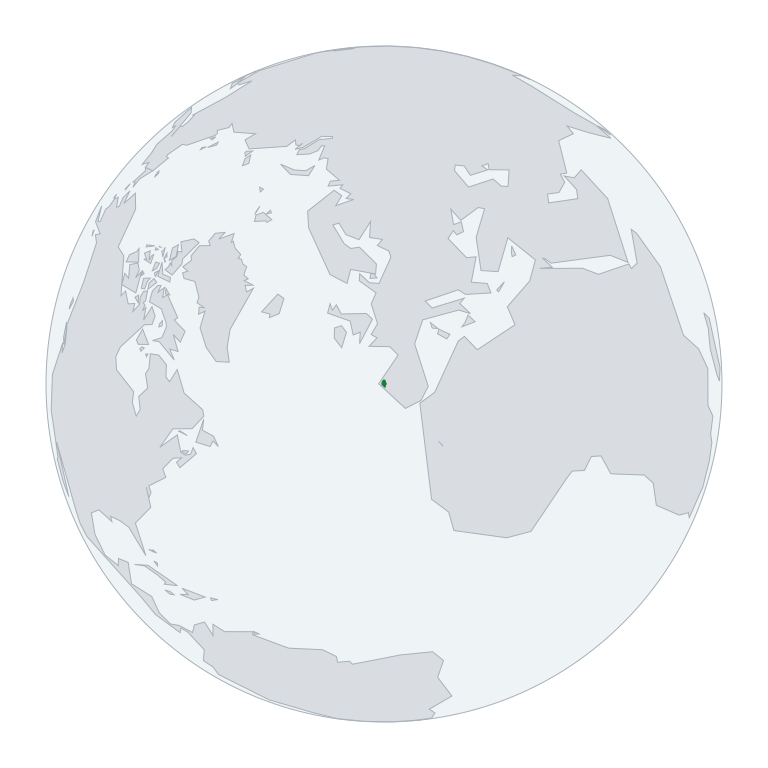 the Earth from above Pontevedra, rotated 316°
{"feature_id": "ESP-5840", "entity_name": "Pontevedra", "entity_type": "Autonomous Community", "adm_level": 1, "iso_a3": "ESP", "parent_name": "Spain", "parent_adm1": "", "projection": "orthographic", "projection_center": [-8.552, 42.371], "detail": "fine", "context": "on_globe", "style": "filled", "palette": "green", "viewbox_px": 768, "rotation_deg": 316, "n_neighbors": 0, "source": "natural_earth", "source_scale": "10m", "svg_char_len": 11193}
<svg xmlns="http://www.w3.org/2000/svg" viewBox="0 0 768 768"><g transform="rotate(316 384 384)"><circle cx="384" cy="384" r="338" fill="#eef3f6" stroke="#a8b0b8"/><path d="M117.4,591.6L104.2,570.3L96.9,557.5L82.0,531.6L63.2,478.0L64.4,468.8L62.0,457.5L70.1,450.2L70.5,426.3L68.4,418.5L64.6,421.2L59.5,391.0L61.3,369.1L64.4,287.0L68.7,273.0L75.1,260.0L108.2,198.4L79.0,246.2L85.7,230.8L97.2,210.6L98.2,210.8L115.8,186.5L126.3,171.8L152.1,146.8L181.7,131.1L173.9,138.0L181.9,134.1L192.3,125.5L197.1,121.0L238.8,102.1L275.2,82.8L280.1,76.2L284.2,78.7L289.2,66.9L304.7,59.7L291.1,68.4L292.8,70.0L305.4,64.9L309.8,65.5L318.4,63.7L322.6,65.1L314.4,71.0L316.9,72.3L325.7,68.7L335.4,68.6L322.2,73.5L337.7,74.0L326.8,85.7L288.1,100.7L285.8,111.1L256.1,137.8L262.7,137.6L255.6,148.7L260.6,152.9L253.7,157.4L263.6,156.9L269.0,152.1L275.1,150.4L278.6,152.7L270.3,158.6L267.4,158.3L266.8,161.3L261.2,163.4L265.9,163.6L255.5,171.0L270.8,167.2L266.6,176.1L258.4,180.1L252.9,175.0L220.1,174.2L210.1,178.0L201.5,187.9L198.6,215.6L190.2,222.4L183.4,235.0L190.9,233.0L198.9,222.6L211.2,222.8L219.6,210.9L225.8,209.5L236.9,199.9L242.0,206.7L240.9,218.9L232.0,227.5L231.3,233.4L245.3,230.0L233.9,251.7L235.7,276.4L232.0,282.0L214.9,282.8L201.0,269.6L178.8,273.8L200.0,277.0L190.4,292.0L191.7,297.2L196.2,300.2L202.5,297.1L200.7,303.8L179.0,302.4L180.4,296.2L187.2,296.5L180.6,290.8L165.9,291.3L162.2,299.6L144.0,293.9L141.1,300.1L135.6,302.7L141.4,293.1L130.6,310.7L108.6,311.3L93.5,341.9L100.9,310.0L99.1,299.0L95.4,289.2L92.7,294.0L91.5,276.5L84.0,273.4L71.7,291.2L64.5,313.4L66.7,330.0L71.8,325.1L76.0,334.6L63.6,352.3L69.3,375.6L63.3,392.8L63.7,408.3L68.9,415.3L73.6,429.8L80.2,425.6L89.5,430.5L86.3,446.2L94.0,438.0L97.3,451.4L117.7,471.2L115.3,473.2L131.9,507.8L155.2,532.4L160.5,547.1L157.2,551.9L166.5,559.3L166.7,563.7L208.0,590.6L232.9,610.3L234.7,624.2L218.8,632.3L216.1,655.6L190.7,649.4L192.1,656.1L186.0,657.3L169.6,645.1L177.6,651.6L155.9,633.3L135.8,613.3L117.4,591.6ZM88.3,350.5L95.3,385.6L86.9,375.3L89.3,375.0L88.4,363.9L85.4,348.5L79.2,340.5L88.3,350.5ZM101.4,344.4L99.8,339.6L102.0,343.1L101.4,344.4ZM198.6,119.0L192.0,125.4L181.0,133.3L186.0,127.8L198.6,119.0ZM220.1,106.0L218.3,108.6L209.5,111.5L213.3,109.0L220.1,106.0ZM282.7,71.8L276.5,75.0L281.0,71.8L282.7,71.8ZM318.9,63.2L319.2,62.2L323.6,61.8L318.9,63.2ZM233.4,196.9L235.0,198.4L232.1,199.4L233.4,196.9ZM236.6,191.5L231.9,191.6L232.7,189.1L235.6,189.1L236.6,191.5ZM334.0,63.8L340.8,63.7L332.4,64.7L334.0,63.8ZM242.1,192.0L234.8,184.7L236.4,180.4L248.5,176.9L242.1,192.0ZM343.8,64.4L360.6,64.9L362.7,62.5L366.0,70.1L350.7,66.7L340.0,68.1L345.2,65.9L343.8,64.4ZM269.2,149.6L263.6,154.9L265.1,148.6L269.2,149.6ZM268.7,146.1L264.4,130.4L274.4,124.3L273.8,130.5L284.1,121.5L291.0,126.1L286.9,132.2L279.1,135.0L287.7,134.7L268.7,146.1ZM365.1,74.7L367.9,75.9L363.3,75.8L365.1,74.7ZM277.7,149.3L276.0,146.5L284.5,140.9L289.5,145.6L285.2,145.8L277.7,149.3ZM283.4,117.1L290.6,114.2L298.2,117.0L302.0,116.3L292.1,125.8L283.4,117.1ZM285.0,148.3L291.9,148.3L291.0,153.0L280.0,151.8L285.0,148.3ZM284.6,137.5L288.8,135.2L288.1,138.0L284.6,137.5ZM291.7,171.0L289.4,167.2L293.6,163.8L291.7,171.0ZM294.5,148.0L294.8,146.3L296.2,144.7L300.4,145.8L294.5,148.0ZM298.1,127.3L299.8,129.3L302.6,123.5L308.4,125.8L300.7,131.9L306.4,130.3L308.2,131.0L299.9,135.2L298.1,127.3ZM308.9,142.2L301.1,151.4L304.4,158.9L300.8,161.9L296.1,149.4L308.9,142.2ZM304.4,137.6L306.4,141.1L300.8,142.9L296.0,141.7L304.4,137.6ZM315.1,125.4L308.2,120.2L310.1,119.2L315.1,125.4ZM311.0,143.9L312.8,141.7L311.9,144.2L311.0,143.9ZM315.1,130.5L312.4,128.8L314.6,127.5L315.1,130.5ZM318.8,139.0L316.3,141.8L312.9,141.0L318.8,139.0ZM318.0,134.8L321.7,133.6L313.2,139.0L316.4,134.2L318.0,134.8ZM317.7,129.7L318.1,128.4L318.5,130.6L317.7,129.7ZM332.9,141.0L323.0,147.9L315.6,145.9L326.3,139.3L332.9,141.0ZM575.6,105.7L577.6,107.1L571.8,103.3L586.6,114.2L579.0,109.4L594.2,121.0L596.9,122.2L586.7,113.8L603.2,126.9L622.6,144.7L640.5,164.0L656.8,184.6L671.5,206.4L684.4,229.3L695.5,253.1L695.2,252.3L700.8,266.8L696.9,257.8L690.9,251.0L697.0,272.1L708.9,319.9L716.3,345.3L717.9,364.8L705.8,345.4L695.0,325.6L694.0,335.5L678.7,330.3L662.0,359.2L656.6,355.6L654.1,364.4L642.9,367.8L633.6,361.0L628.2,368.1L652.2,385.3L657.7,377.8L658.1,359.5L664.2,367.9L674.6,366.9L673.7,406.0L644.0,466.1L636.2,448.6L588.1,413.1L586.8,405.6L586.4,404.9L585.5,403.8L586.1,416.9L576.2,408.9L607.2,438.7L614.5,454.1L643.6,467.8L642.1,472.7L650.0,473.0L669.3,444.5L670.4,451.2L664.3,491.7L633.3,557.0L634.7,577.3L627.7,597.8L602.2,624.4L598.3,635.5L584.2,646.9L579.3,653.7L564.5,665.4L542.1,679.4L510.7,692.2L513.6,688.1L505.2,683.3L495.7,660.4L508.8,642.3L508.0,630.3L484.8,606.2L490.2,586.5L482.8,580.2L468.1,585.4L458.9,577.4L449.5,578.8L387.4,592.1L365.5,579.9L332.5,538.0L341.6,521.0L338.1,500.0L396.5,422.7L414.7,425.2L467.3,404.7L474.9,405.6L474.9,424.2L519.4,432.4L526.4,414.1L560.4,411.1L579.1,399.9L574.7,364.8L544.1,382.4L532.6,369.8L552.2,342.5L578.1,327.8L574.4,322.5L552.9,319.6L553.5,304.7L544.8,317.7L552.3,321.0L547.0,329.6L539.9,327.3L540.4,321.8L531.1,323.8L531.1,350.4L538.6,356.5L517.5,371.4L528.1,383.4L524.2,392.8L504.9,376.2L502.8,367.8L471.2,352.9L471.5,362.8L501.4,378.0L494.4,378.6L495.1,393.5L489.1,382.7L456.4,364.7L433.9,376.4L414.2,416.4L399.2,421.5L382.4,416.4L380.4,380.1L414.3,373.0L414.1,361.2L399.4,346.5L411.0,346.0L409.2,339.5L421.2,336.2L430.5,317.5L441.6,312.9L437.9,292.6L443.1,287.8L443.8,301.0L450.3,308.2L476.9,297.7L479.9,291.8L475.4,279.7L483.3,278.9L475.4,268.6L487.2,257.8L466.3,262.8L460.4,250.1L463.4,237.0L457.7,234.1L452.8,255.5L454.2,263.4L461.4,268.5L461.9,292.4L454.4,299.0L439.6,278.4L427.3,286.0L421.2,267.7L438.3,219.2L449.2,206.6L482.7,210.0L484.4,219.2L473.2,222.2L490.3,230.2L485.7,224.3L492.3,224.0L488.3,212.7L492.7,212.0L481.3,202.8L486.3,200.8L493.5,206.6L491.9,189.4L500.4,183.0L497.8,179.5L492.7,177.6L506.9,171.4L504.4,169.2L498.8,170.3L490.2,166.8L480.6,158.5L486.0,156.7L490.2,159.5L507.2,163.2L517.6,171.5L518.8,170.1L511.1,162.5L490.4,157.8L483.0,153.4L492.7,154.3L488.6,153.6L486.7,150.9L489.8,146.8L479.1,145.5L450.3,121.2L453.5,111.9L465.4,114.7L451.0,98.6L455.7,91.0L450.6,91.8L440.2,85.7L438.5,87.9L435.3,87.9L407.9,75.2L405.6,71.6L388.0,68.7L385.3,69.3L386.0,71.7L366.0,70.1L362.7,62.5L368.9,61.3L362.7,58.1L377.7,56.2L387.3,53.8L407.3,54.8L413.1,53.5L410.0,52.5L415.5,50.5L437.8,51.3L433.6,54.9L402.9,58.3L416.6,56.8L417.6,58.7L425.1,59.4L434.4,58.8L432.9,57.6L468.9,67.7L499.6,74.2L487.4,68.0L487.7,65.9L511.9,71.9L564.2,98.2L564.6,98.4L575.6,105.7ZM383.4,463.1L383.4,469.8L383.4,463.1ZM610.5,328.0L622.7,316.9L608.5,302.9L612.0,297.7L605.9,295.1L607.4,302.0L591.1,293.9L593.2,282.9L587.3,275.9L582.9,279.5L581.6,301.1L604.9,312.3L605.8,323.1L610.5,328.0ZM118.4,471.6L120.5,477.0L116.9,474.0L118.4,471.6ZM83.4,380.0L86.0,384.9L86.6,389.7L84.2,387.1L83.4,380.0ZM110.7,417.4L114.7,423.6L109.5,419.9L110.7,417.4ZM96.9,390.7L107.3,413.0L97.4,407.6L91.2,393.7L96.8,399.4L96.9,390.7ZM95.5,351.5L96.6,355.5L94.7,357.6L95.5,351.5ZM102.9,347.1L102.1,346.2L102.6,342.4L102.9,347.1ZM191.7,292.0L193.4,292.3L196.9,296.5L193.2,296.8L191.7,292.0ZM225.1,303.2L221.4,313.9L221.4,306.2L215.5,308.2L208.3,295.1L229.8,284.1L221.3,291.1L225.1,303.2ZM204.6,275.6L206.7,284.5L203.5,275.3L204.6,275.6ZM387.3,309.3L393.9,312.5L392.9,320.7L378.8,328.5L380.1,316.5L387.3,309.3ZM403.4,315.3L392.7,293.8L401.0,288.8L398.2,295.1L404.7,293.9L401.9,304.0L420.3,321.0L420.7,329.4L394.5,338.0L402.9,330.2L395.9,327.3L403.4,315.3ZM350.6,254.6L346.1,247.1L370.0,245.6L371.5,252.9L357.5,260.6L347.6,256.6L350.6,254.6ZM265.0,188.0L261.7,186.6L264.0,184.8L268.6,184.5L265.0,188.0ZM290.3,169.5L281.7,193.0L277.5,192.4L277.5,207.9L266.5,212.4L266.8,202.0L258.4,217.6L254.2,210.1L249.7,221.1L251.7,197.5L247.7,192.0L256.4,196.3L266.6,192.1L269.8,188.7L276.0,175.1L272.4,161.9L282.0,156.3L289.7,155.9L292.1,158.2L285.1,161.0L293.2,162.1L284.9,167.9L290.3,169.5ZM374.9,164.5L365.8,165.0L380.7,171.6L372.5,176.1L374.8,176.6L371.3,182.7L370.9,191.3L366.3,192.4L368.1,195.3L365.8,199.7L366.8,204.2L358.9,208.1L359.4,214.0L355.3,212.5L358.4,221.8L352.6,216.7L349.0,222.4L356.6,224.4L311.2,237.8L296.7,248.6L287.8,260.8L278.9,251.3L281.5,234.2L290.7,215.8L305.9,207.3L299.1,205.0L304.4,200.4L307.6,204.1L305.9,195.7L311.1,193.0L319.2,178.9L313.5,169.2L316.4,164.1L321.2,166.6L320.7,159.9L331.7,161.3L334.0,157.9L347.2,156.3L355.2,163.7L357.2,159.4L367.3,158.4L374.9,164.5ZM336.7,140.7L348.1,147.7L349.2,153.9L325.8,154.2L322.2,157.2L307.2,158.4L305.9,149.7L310.3,150.0L314.3,148.4L313.1,151.8L317.0,147.9L323.2,148.4L328.0,145.7L330.4,148.6L336.7,140.7ZM479.8,397.0L485.0,396.1L492.3,392.8L492.8,402.5L479.8,397.0ZM457.4,385.1L461.6,382.7L465.9,394.0L460.5,395.2L457.4,385.1ZM460.1,372.1L461.4,381.7L457.5,377.2L460.1,372.1ZM447.3,298.3L451.3,295.4L453.2,297.9L452.7,302.8L447.3,298.3ZM417.4,187.8L412.0,186.4L412.3,184.5L403.8,177.1L409.2,173.6L416.5,176.7L417.4,187.8ZM571.7,373.4L568.5,382.7L564.7,381.5L566.5,378.5L571.7,373.4ZM530.4,394.7L541.6,394.1L530.5,397.3L530.4,394.7ZM421.9,182.7L417.7,180.0L423.0,180.0L421.9,182.7ZM412.7,170.8L418.3,169.9L408.8,172.3L412.7,170.8ZM663.6,562.6L637.0,605.8L627.3,614.9L630.1,608.3L643.1,585.3L655.9,569.3L663.5,554.9L663.6,562.6ZM716.9,346.5L719.8,355.1L720.0,362.4L716.9,346.5ZM462.3,154.0L468.1,167.7L476.0,176.3L486.0,178.8L474.4,181.7L462.3,168.3L462.3,154.0ZM451.3,125.2L442.5,123.8L444.5,121.1L446.7,121.0L451.3,125.2ZM447.2,126.7L439.9,131.4L433.8,128.6L440.8,125.3L447.2,126.7ZM431.3,156.0L432.7,160.1L428.4,159.9L431.3,156.0ZM509.3,70.2L500.5,66.9L491.2,63.5L509.3,70.2ZM493.7,64.6L498.0,66.4L484.3,65.7L478.8,64.8L484.0,62.2L488.4,63.9L493.5,65.1L493.7,64.6ZM370.1,74.6L368.1,75.8L367.5,74.2L370.1,74.6ZM434.7,89.3L430.1,89.0L429.6,86.8L434.7,89.3ZM417.2,87.4L421.0,90.0L414.8,87.9L417.2,87.4ZM429.8,95.9L421.4,91.4L432.7,94.8L429.8,95.9Z" fill="#d9dde1" stroke="#a8b0b8" stroke-width="1"/><path d="M385.4,385.3L385.2,385.4L385.0,385.5L384.9,385.6L384.2,385.7L384.0,385.8L383.9,385.9L383.7,385.9L383.6,386.0L383.4,386.2L383.3,386.3L383.2,386.3L383.1,386.5L382.9,386.6L382.7,386.8L382.6,386.7L382.5,385.6L382.5,385.4L382.8,385.4L382.7,385.3L382.7,385.2L382.8,385.2L383.0,385.0L383.0,384.9L383.3,384.7L383.5,384.5L383.7,384.4L383.7,384.2L383.5,384.3L383.4,384.5L383.0,384.6L382.9,384.7L382.7,384.6L382.7,384.4L382.8,384.5L382.8,384.4L382.8,384.2L383.0,384.2L383.2,383.9L383.3,383.8L383.5,383.7L383.4,383.6L383.2,383.7L383.1,383.8L382.9,383.8L382.7,383.8L382.6,383.7L382.3,383.4L382.5,383.3L382.7,383.5L382.8,383.5L382.8,383.4L382.9,383.2L382.8,382.9L382.9,382.7L383.0,382.7L383.2,382.3L383.2,382.1L383.3,382.0L383.6,381.9L383.8,382.0L383.8,381.9L384.2,381.7L384.3,381.8L384.5,381.8L384.6,381.7L384.9,381.6L384.9,381.4L384.9,381.2L385.0,381.2L385.1,381.3L385.3,381.3L385.5,381.3L385.6,381.2L386.2,381.3L386.2,381.2L386.4,381.2L386.5,381.2L386.5,381.5L386.7,381.8L386.8,381.9L387.0,382.0L386.9,382.2L386.9,382.4L386.7,382.8L386.4,382.8L386.3,383.0L386.1,382.9L385.8,382.9L385.6,382.8L385.5,383.0L385.3,383.1L385.1,383.3L384.9,383.3L384.9,383.6L385.0,383.8L385.0,384.0L385.2,384.3L385.3,384.3L385.2,384.5L385.3,384.8L385.7,384.7L385.6,384.9L385.6,385.2L385.4,385.3Z" fill="#22c55e" stroke="#15803d" stroke-width="1.5"/></g></svg>